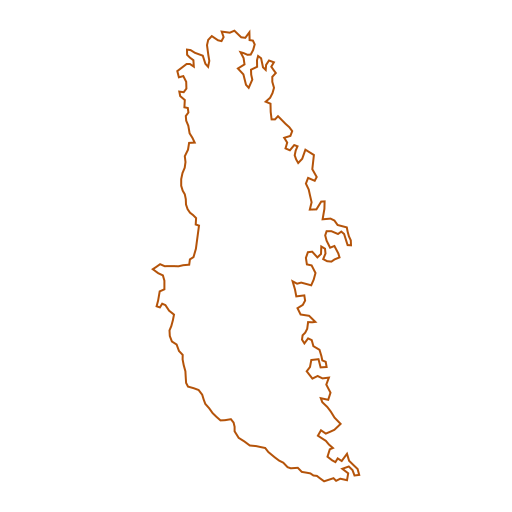 the district of Santa Izabel do Oeste, Paraná, Brazil
{"feature_id": "56859067B10630725090155", "entity_name": "Santa Izabel do Oeste", "entity_type": "district", "adm_level": 2, "iso_a3": "BRA", "parent_name": "Brazil", "parent_adm1": "Paraná", "projection": "equal_earth", "projection_center": [-53.411, -25.778], "detail": "fine", "context": "isolated", "style": "outline", "palette": "amber", "viewbox_px": 512, "rotation_deg": 0, "n_neighbors": 0, "source": "geoboundaries", "source_scale": "gbopen_adm2", "svg_char_len": 3885}
<svg xmlns="http://www.w3.org/2000/svg" viewBox="0 0 512 512"><path d="M336.1,480.8L340.3,478.7L347.0,480.2L348.2,473.3L342.3,468.8L348.8,466.5L352.5,470.1L354.5,475.5L359.2,474.9L357.6,469.0L353.5,465.1L349.1,460.8L347.0,453.8L341.7,461.0L337.7,458.4L335.4,462.1L332.1,460.3L327.5,456.7L329.8,449.3L332.9,448.0L328.9,444.5L325.9,440.9L317.9,435.7L321.0,430.3L325.8,433.6L330.3,431.7L334.4,429.8L340.6,423.9L334.5,417.6L330.8,411.6L327.4,407.1L322.3,402.2L320.8,398.2L328.2,399.8L330.5,392.7L326.3,384.6L328.9,377.6L322.5,378.4L317.6,376.0L312.4,378.6L306.7,371.3L310.0,367.0L311.3,360.0L318.5,359.2L320.6,367.4L326.6,367.0L325.7,361.8L322.3,360.4L321.4,356.1L319.5,349.8L313.4,346.2L311.7,340.1L308.1,338.4L304.4,343.4L302.0,339.6L302.6,335.3L305.2,332.7L307.2,328.8L308.1,322.1L312.1,322.3L315.3,321.9L309.1,315.8L300.6,314.5L297.5,308.2L302.8,304.9L305.1,300.6L304.3,295.4L296.3,296.4L295.0,289.5L292.6,281.3L297.1,283.7L301.2,282.6L311.2,285.3L313.7,279.6L315.5,273.0L311.6,265.4L306.9,264.4L305.9,257.9L307.9,252.2L312.2,251.7L317.4,257.4L321.0,254.0L321.3,246.5L325.0,248.7L325.5,253.5L323.2,259.1L327.1,261.2L331.4,261.6L334.6,259.4L339.5,257.4L338.3,253.4L334.4,246.0L330.1,247.7L326.6,240.7L325.2,235.4L326.6,231.2L331.4,231.2L338.0,234.0L341.3,231.6L344.1,234.0L347.6,245.1L351.0,245.3L350.8,240.4L348.9,236.3L347.6,231.6L346.8,227.4L337.6,225.0L334.4,220.5L330.5,218.6L322.6,219.3L324.4,208.9L324.6,201.4L321.2,201.6L316.4,209.4L309.8,209.6L311.6,202.3L310.0,195.4L308.7,189.5L305.9,183.6L308.1,177.9L314.7,180.8L316.7,177.0L312.3,169.2L313.9,155.0L305.4,149.7L302.2,158.8L298.2,163.0L296.1,159.3L294.7,155.3L295.7,150.5L297.5,146.3L294.2,145.1L289.9,150.3L285.5,148.4L287.2,142.6L284.2,137.8L290.4,135.9L292.2,131.1L289.3,127.2L285.5,123.8L280.7,118.9L278.0,116.2L275.0,119.4L271.6,119.4L270.7,112.0L270.5,103.7L265.7,101.7L270.1,97.8L272.5,93.1L274.0,87.8L272.3,81.8L272.3,76.8L275.8,73.0L273.5,69.9L271.3,66.7L273.9,62.3L269.0,60.5L266.1,64.9L265.7,69.9L263.0,67.3L261.1,58.3L258.1,56.0L257.0,60.2L257.1,66.8L251.0,69.7L251.2,74.7L252.3,79.6L248.7,87.8L246.0,84.8L243.4,74.4L237.9,68.5L244.5,64.4L243.6,58.1L240.5,52.2L243.6,53.1L247.5,54.8L250.7,54.6L253.1,50.1L254.7,44.4L252.9,40.6L249.6,40.1L249.4,32.3L245.3,37.8L241.2,37.3L234.4,30.7L229.8,32.7L225.5,32.1L221.7,31.6L223.6,37.1L221.5,41.1L218.0,40.3L211.8,36.1L208.2,39.9L207.0,45.1L208.3,54.8L209.3,60.9L208.1,66.8L205.4,63.8L202.8,55.7L194.9,52.8L190.6,50.1L187.0,49.6L187.1,54.8L189.9,57.6L193.4,60.2L193.8,66.6L189.9,64.0L186.6,64.0L182.3,67.3L177.3,71.1L178.9,77.3L183.3,76.1L186.2,81.8L186.4,88.6L183.7,92.2L179.3,91.6L180.2,96.1L184.8,100.0L184.4,107.3L187.8,108.0L188.4,112.5L185.8,116.0L186.2,120.7L188.3,125.7L189.6,133.3L192.4,137.8L194.7,142.6L189.1,142.9L188.0,149.7L184.8,156.2L185.5,162.1L184.7,167.8L182.5,173.0L181.2,179.1L181.2,185.8L182.7,190.7L184.8,194.3L185.8,199.2L186.0,204.5L187.6,209.2L190.0,212.7L193.1,215.1L196.1,218.1L195.7,224.5L199.0,225.6L195.9,248.8L193.5,257.1L189.9,259.4L189.2,264.7L183.2,265.2L178.5,266.3L173.2,266.1L169.3,266.1L164.7,266.2L160.1,264.2L156.0,267.1L152.8,269.2L158.2,273.2L162.9,275.4L164.4,280.7L164.4,289.3L159.7,291.4L158.1,300.6L156.6,306.3L159.9,307.4L162.2,303.7L165.4,305.1L169.1,310.7L174.0,314.6L172.9,320.2L171.3,326.1L169.5,330.4L169.8,336.0L171.9,341.5L176.6,344.5L179.0,351.0L182.7,354.9L182.6,359.4L183.7,365.1L185.4,371.3L185.7,376.7L186.1,382.9L188.0,386.6L193.7,388.2L198.6,390.0L202.2,394.7L203.7,399.6L205.3,403.9L209.2,408.3L212.6,413.1L216.3,416.7L220.5,420.4L224.9,420.2L230.9,419.2L233.6,422.6L234.6,426.8L234.6,431.3L238.7,437.9L244.3,441.4L249.8,445.5L256.2,446.1L260.8,447.1L265.2,448.0L268.3,452.0L274.7,457.3L279.1,460.6L283.3,462.7L287.6,467.2L290.8,468.3L297.8,467.8L301.8,471.9L306.1,472.6L310.4,473.4L313.4,475.5L316.9,475.9L319.7,478.1L324.1,481.3L333.5,478.2L336.1,480.8Z" fill="none" stroke="#b45309" stroke-width="2"/></svg>